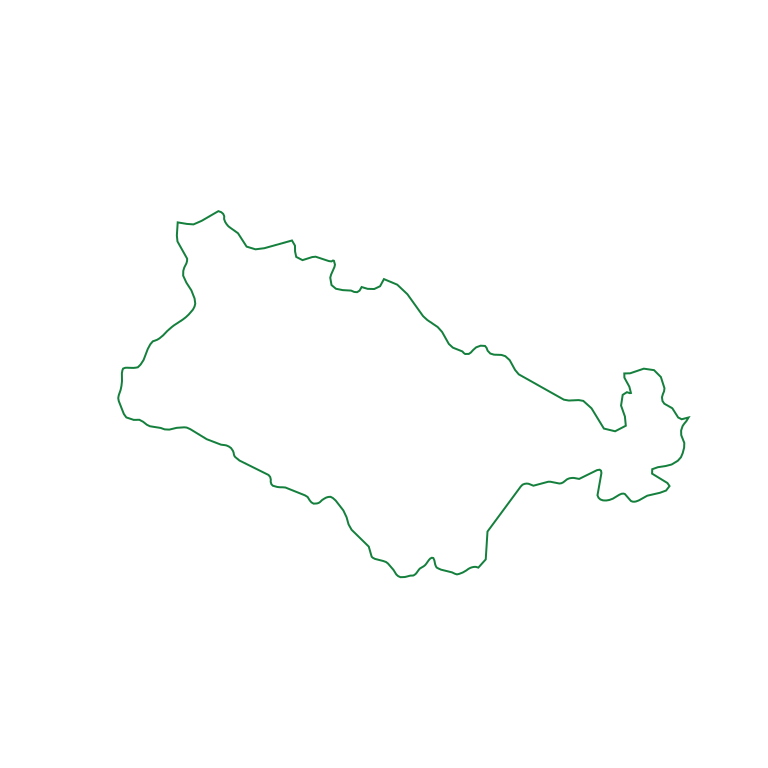 outline of Ústecký, rotated 54°
{"feature_id": "CZE-10368", "entity_name": "Ústecký", "entity_type": "Region", "adm_level": 1, "iso_a3": "CZE", "parent_name": "Czechia", "parent_adm1": "", "projection": "mercator", "projection_center": [13.915, 50.559], "detail": "fine", "context": "isolated", "style": "outline", "palette": "green", "viewbox_px": 768, "rotation_deg": 54, "n_neighbors": 0, "source": "natural_earth", "source_scale": "10m", "svg_char_len": 3849}
<svg xmlns="http://www.w3.org/2000/svg" viewBox="0 0 768 768"><g transform="rotate(54 384 384)"><path d="M541.1,155.9L552.3,159.6L554.5,161.7L556.1,164.3L558.1,166.9L561.4,168.7L564.7,168.8L573.1,165.0L584.0,165.7L587.5,163.9L590.1,157.3L591.8,161.3L592.5,164.2L593.5,167.1L596.3,171.0L600.1,173.6L608.2,175.7L611.9,178.6L615.5,183.0L617.8,186.8L618.8,191.4L618.2,198.6L615.9,204.4L612.3,211.3L610.6,217.1L614.1,219.8L630.7,212.9L634.4,213.0L636.0,218.4L634.2,224.7L629.1,236.7L628.1,245.2L627.9,246.5L627.1,249.3L626.3,250.8L625.2,252.1L623.7,253.0L614.6,253.8L613.4,254.7L612.4,256.4L611.9,258.8L611.3,266.2L610.3,269.8L608.8,272.8L606.9,275.2L604.6,276.8L602.1,277.3L599.5,276.7L583.8,260.4L581.7,259.4L580.1,259.9L578.9,262.3L575.5,281.9L571.7,285.5L570.4,287.3L569.3,289.4L568.7,291.8L568.9,296.9L568.5,298.9L567.6,300.6L560.8,306.9L559.6,308.6L554.1,322.9L549.8,325.6L548.4,327.1L547.4,329.0L546.9,331.1L547.3,333.6L564.2,387.0L585.7,404.8L588.0,415.6L586.0,417.1L584.8,418.8L584.0,420.6L583.5,422.2L583.2,424.4L583.2,427.3L582.8,431.1L581.8,434.8L581.3,436.0L580.9,436.9L579.0,438.3L576.5,439.6L567.7,447.0L565.1,448.5L563.4,449.3L561.8,449.1L560.2,448.7L556.2,446.9L553.8,446.4L552.7,447.4L552.4,449.2L552.8,451.2L554.2,455.3L554.7,457.1L554.8,459.0L554.5,462.0L554.4,463.6L554.8,465.2L555.9,468.5L556.3,470.1L556.3,471.9L556.1,473.0L554.6,475.2L554.1,476.3L553.4,478.2L552.4,480.6L550.0,484.2L547.7,485.5L545.3,486.0L540.0,485.6L531.5,486.3L529.2,487.0L526.7,488.7L520.2,494.1L518.0,495.2L516.5,495.5L506.6,491.9L482.9,495.9L476.8,495.2L469.8,492.6L462.4,491.2L449.8,491.6L446.2,492.4L443.9,493.5L442.6,495.5L441.9,497.6L441.6,500.2L441.5,502.2L441.9,505.2L441.8,506.8L441.2,508.5L439.4,511.3L437.1,512.3L434.6,512.5L430.5,512.2L427.6,513.4L409.8,524.6L408.0,526.7L406.1,529.2L404.4,531.0L401.0,533.7L398.9,534.0L396.6,533.2L394.7,531.7L392.2,530.7L389.7,530.9L361.0,545.9L355.7,547.3L354.2,547.3L352.9,546.9L351.1,546.0L349.2,545.5L345.9,545.4L343.3,546.3L341.1,547.6L340.1,548.5L337.3,551.5L324.4,559.9L306.8,567.2L303.3,569.2L301.6,571.1L297.6,577.5L294.7,584.5L291.8,588.1L288.3,590.5L280.6,598.2L277.6,599.8L272.9,601.1L269.1,603.0L266.0,607.5L259.6,612.1L255.4,612.1L241.9,608.6L239.2,607.3L237.2,605.2L234.0,600.6L231.2,597.5L227.7,594.3L221.3,589.8L219.1,587.5L218.2,586.0L218.7,584.1L219.2,583.1L223.6,577.4L224.8,575.4L225.8,573.3L225.2,569.5L223.2,564.3L216.8,554.5L214.5,549.7L213.6,545.9L214.3,543.7L214.9,541.4L215.1,538.9L214.8,534.0L213.7,528.0L213.2,522.5L213.1,519.3L213.6,509.1L213.5,505.1L213.0,501.1L211.5,494.8L210.0,491.8L208.1,489.5L203.5,487.0L195.0,484.8L185.8,484.3L178.3,482.8L174.5,479.9L172.3,477.0L170.3,473.0L168.7,471.0L166.9,469.6L147.3,467.3L142.1,464.3L132.0,455.9L138.6,449.4L142.9,444.3L144.8,435.7L146.8,416.4L149.3,414.7L151.8,414.1L154.3,414.6L156.6,416.4L159.3,417.2L162.1,417.4L164.9,417.2L167.6,416.4L176.2,413.5L192.1,414.4L199.5,408.8L203.8,401.0L213.8,374.1L219.7,374.7L224.6,378.1L229.6,380.3L235.9,377.1L239.1,367.5L240.8,364.5L252.1,356.4L253.9,354.5L254.1,352.7L254.9,352.1L258.6,353.5L260.2,355.3L264.4,362.5L266.4,365.0L273.1,368.3L278.7,366.9L283.8,362.2L289.1,355.7L292.0,354.0L293.9,351.8L294.1,348.9L292.4,345.1L297.4,341.3L301.4,336.1L302.6,329.7L299.1,322.4L311.4,314.9L325.1,312.3L352.1,312.5L357.9,311.3L369.4,307.1L375.9,306.4L389.7,308.0L395.1,306.9L403.8,301.4L405.7,301.3L407.4,300.7L409.5,297.8L409.6,295.3L408.9,291.9L408.5,287.9L409.8,283.3L412.6,279.9L415.1,279.8L418.0,280.6L421.8,280.1L424.9,277.8L429.5,271.9L432.8,269.5L438.6,268.3L449.7,269.7L455.4,269.3L502.4,247.7L506.0,244.2L511.5,235.9L514.8,232.7L525.6,230.4L549.3,232.3L558.1,224.8L559.9,212.9L551.9,208.2L540.8,204.9L533.1,197.3L533.4,192.3L535.9,190.5L536.4,189.5L530.4,187.1L520.2,185.8L516.7,183.4L520.0,178.6L524.3,164.8L531.5,157.4L541.1,155.9Z" fill="none" stroke="#15803d" stroke-width="2"/></g></svg>